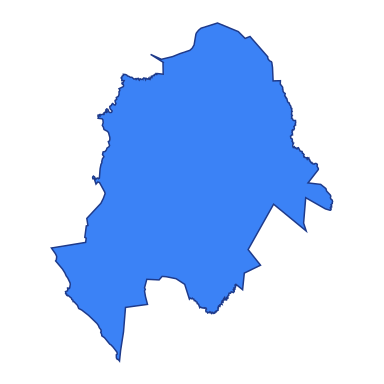 San Ignacio, Sinaloa, Mexico (Equal Earth projection)
{"feature_id": "50627088B92995602725414", "entity_name": "San Ignacio", "entity_type": "district", "adm_level": 2, "iso_a3": "MEX", "parent_name": "Mexico", "parent_adm1": "Sinaloa", "projection": "equal_earth", "projection_center": [-106.307, 23.924], "detail": "fine", "context": "isolated", "style": "filled", "palette": "blue", "viewbox_px": 384, "rotation_deg": 0, "n_neighbors": 0, "source": "geoboundaries", "source_scale": "gbopen_adm2", "svg_char_len": 5940}
<svg xmlns="http://www.w3.org/2000/svg" viewBox="0 0 384 384"><path d="M150.6,54.4L163.3,62.4L163.0,62.8L163.2,74.2L157.0,73.5L156.9,74.1L156.2,73.8L156.3,74.4L155.3,74.1L154.6,74.6L154.4,75.3L154.1,75.1L153.8,75.5L153.3,75.4L152.4,76.3L151.4,76.2L151.2,76.8L151.7,77.5L150.8,77.5L150.0,79.5L149.2,79.0L149.0,77.9L148.0,79.2L146.1,78.3L145.6,79.7L145.0,78.4L143.9,77.9L142.9,78.8L142.9,79.5L142.2,79.2L141.1,79.5L140.5,78.9L139.9,79.3L139.4,79.0L139.2,79.1L139.2,80.0L138.5,79.5L138.3,78.4L137.1,78.6L136.2,79.5L135.8,78.6L134.0,79.1L131.9,77.3L130.4,77.3L128.8,76.3L127.5,76.0L126.8,75.1L125.4,74.5L123.3,74.3L123.4,75.4L122.2,76.1L122.0,77.0L121.6,77.2L121.6,77.8L121.2,78.0L121.9,79.1L121.8,80.6L124.1,80.6L123.1,82.6L122.0,82.9L121.9,83.4L122.4,84.2L123.3,84.3L123.6,85.9L123.0,86.8L119.0,88.7L119.6,89.5L119.8,90.6L119.0,91.7L119.1,94.2L118.3,96.4L116.3,97.5L116.7,99.4L115.1,100.4L115.2,101.9L115.9,103.4L115.3,104.9L114.3,104.9L112.7,103.5L111.7,104.4L111.4,105.5L110.1,106.1L109.7,106.7L110.2,108.9L112.1,110.9L111.9,111.7L111.4,112.4L110.0,112.6L109.1,112.2L107.8,109.3L106.7,108.9L105.8,110.0L107.1,111.6L106.8,112.1L107.0,112.9L105.8,111.5L105.7,112.3L105.1,112.1L103.9,113.0L104.2,113.9L103.8,114.5L103.2,114.1L100.5,115.0L100.1,114.4L99.2,114.7L99.7,116.0L98.0,115.4L98.0,116.5L98.4,117.1L98.1,118.3L102.0,118.8L102.9,119.8L103.2,122.7L102.3,125.4L103.4,127.2L104.0,129.5L107.4,131.3L108.5,132.6L109.8,137.3L109.9,139.1L109.5,140.9L108.3,141.6L109.6,145.4L108.9,146.8L107.0,148.1L106.4,149.9L105.1,151.5L103.1,151.9L102.5,154.6L103.8,156.4L103.8,157.0L102.5,158.6L101.8,161.3L101.9,162.7L101.0,164.3L100.1,168.8L99.4,178.1L98.5,178.7L98.0,178.1L97.1,178.1L95.7,179.3L94.6,177.0L93.4,176.1L92.7,176.9L92.6,177.7L92.9,178.8L93.9,178.7L94.4,179.2L96.0,184.1L97.8,182.0L99.5,182.5L104.7,192.0L105.1,193.6L103.3,198.5L100.9,203.3L86.8,218.4L87.9,225.5L86.3,225.9L84.8,237.4L86.2,238.2L85.6,242.4L51.4,248.0L55.4,253.7L56.4,255.7L56.7,256.8L56.3,259.9L55.6,260.9L62.5,269.1L64.9,272.9L66.2,275.9L67.7,277.9L70.0,282.7L70.3,284.2L69.7,287.9L69.4,288.4L68.5,288.8L68.2,288.7L67.9,287.9L67.5,288.1L67.8,288.9L67.5,290.8L65.5,291.6L65.9,293.3L65.7,293.6L66.5,294.0L66.3,294.6L66.9,295.4L67.5,295.7L67.7,295.3L68.1,295.4L71.5,298.3L71.8,299.5L72.9,300.2L73.1,301.6L74.0,301.7L77.5,305.4L78.7,308.5L81.7,310.0L88.5,315.3L96.9,323.4L98.4,325.5L99.3,327.7L100.9,329.7L101.2,331.4L100.7,332.2L101.7,334.5L101.8,335.8L104.5,337.7L109.8,344.2L110.8,344.7L113.1,347.1L117.0,352.2L117.3,354.0L116.3,354.8L116.4,357.9L117.3,359.4L118.2,359.4L119.5,361.0L120.6,350.5L123.5,331.9L125.5,307.4L147.5,304.4L145.5,296.7L144.5,290.9L145.3,289.4L144.5,287.9L146.8,279.3L159.1,279.9L162.1,276.4L166.2,276.7L176.1,278.7L184.7,284.3L189.4,299.1L190.2,298.1L191.4,298.8L192.3,298.2L192.9,299.0L193.8,299.1L194.3,300.7L195.4,300.6L196.2,301.9L197.0,302.1L197.3,302.8L197.2,303.6L198.5,304.2L199.8,307.7L200.5,307.0L202.2,308.0L203.0,307.7L203.9,308.2L204.6,307.8L204.9,308.2L205.8,307.9L206.5,309.1L205.8,309.9L205.9,311.3L206.1,311.8L207.0,311.9L207.7,313.0L208.7,312.3L209.2,312.5L209.9,311.7L210.3,312.0L210.4,312.7L211.2,312.4L211.5,313.4L212.7,312.4L213.2,313.4L213.6,313.1L214.2,313.3L215.0,312.8L214.7,312.4L215.6,311.4L216.7,312.2L216.4,311.7L216.6,310.9L218.1,310.2L218.0,308.2L218.8,308.5L218.1,307.7L218.5,306.1L219.9,306.5L220.1,305.5L219.6,305.1L219.9,304.7L221.2,304.1L222.0,304.4L221.6,303.3L221.6,302.0L222.3,301.3L222.3,302.3L223.0,302.4L223.1,300.8L222.7,300.5L223.8,300.1L223.3,299.8L223.7,299.4L223.6,298.9L224.7,297.4L225.2,298.8L224.9,299.5L225.7,299.3L226.0,300.0L226.5,300.0L226.7,297.6L227.1,297.8L227.2,298.7L228.0,298.1L227.7,296.2L228.9,295.1L228.6,294.6L229.2,293.1L230.3,293.3L231.0,292.6L231.1,291.9L231.8,291.8L233.3,292.6L234.2,291.6L234.3,291.0L233.7,290.5L233.4,289.7L234.4,289.7L234.7,289.3L234.1,289.2L234.0,288.7L234.7,288.7L234.2,288.0L235.0,287.9L235.6,286.8L235.3,286.4L234.7,286.5L235.6,285.8L235.1,285.5L235.2,284.7L235.9,284.3L242.6,289.7L244.3,273.1L260.5,265.2L248.1,249.6L273.6,204.2L306.2,231.0L303.6,223.1L305.7,197.7L325.4,208.9L329.9,210.2L330.6,210.2L331.1,209.2L330.4,208.1L331.0,208.0L330.9,206.7L331.2,206.4L331.6,206.6L331.6,205.6L331.0,204.8L332.3,203.5L332.2,202.8L332.6,201.6L332.2,200.1L330.8,198.9L330.4,197.8L330.8,196.1L330.2,194.9L326.6,191.1L325.9,188.6L320.7,184.4L308.0,182.9L318.3,169.6L318.3,168.4L317.1,166.4L317.3,164.3L315.9,163.4L314.8,163.6L314.2,164.1L312.6,163.7L312.5,163.1L311.8,163.1L311.6,162.4L311.1,162.6L310.2,161.5L310.2,161.0L309.6,160.7L309.7,159.9L309.2,159.6L308.8,158.0L307.8,158.8L307.8,157.8L307.6,157.7L307.1,159.0L306.6,157.8L304.9,157.5L304.4,156.8L303.9,156.9L303.6,155.2L304.1,154.8L303.9,154.5L303.1,153.4L302.4,153.3L302.1,151.5L300.2,151.1L298.4,147.7L297.8,147.8L297.1,148.9L296.3,148.6L295.8,147.7L295.0,147.9L294.3,146.7L293.3,147.5L293.1,147.1L292.7,146.0L292.8,144.8L293.6,143.1L292.7,142.8L292.6,141.6L292.0,141.1L292.3,140.8L292.4,139.8L291.9,138.6L290.8,138.2L290.5,136.2L291.2,135.7L291.7,134.9L292.5,134.9L292.4,132.9L291.9,132.2L292.5,131.0L292.1,130.3L292.8,129.6L293.7,129.9L294.2,129.0L294.4,128.3L293.9,126.6L294.5,126.2L294.6,125.5L295.6,125.0L295.2,123.8L295.7,122.9L295.5,120.5L293.6,120.5L292.8,119.8L292.7,119.1L291.5,118.2L291.9,117.1L291.6,116.5L292.3,115.3L291.5,114.7L291.7,112.7L291.6,111.8L292.1,111.4L291.6,110.9L291.8,110.6L291.8,109.6L291.5,109.1L291.8,108.4L290.8,107.7L290.9,106.8L290.6,105.8L289.6,104.6L289.3,103.0L288.7,102.9L287.6,101.8L286.8,98.5L286.2,98.2L286.1,97.5L285.7,97.5L285.2,96.1L284.7,95.8L285.2,93.5L284.1,92.8L283.1,91.5L282.9,89.5L282.5,89.1L282.8,88.2L282.5,87.0L280.3,84.1L280.4,80.7L273.1,80.9L272.5,67.4L271.8,62.5L271.4,61.7L269.9,61.0L268.3,59.4L267.7,57.8L267.8,56.9L267.5,56.5L250.0,36.5L245.1,38.4L238.3,31.6L217.5,23.0L201.0,28.2L198.6,30.2L196.5,32.8L195.9,34.2L194.1,44.9L192.2,48.2L189.9,50.3L180.0,53.6L172.6,56.6L161.4,59.3L150.6,54.4Z" fill="#3b82f6" stroke="#1e3a8a" stroke-width="1.5"/></svg>